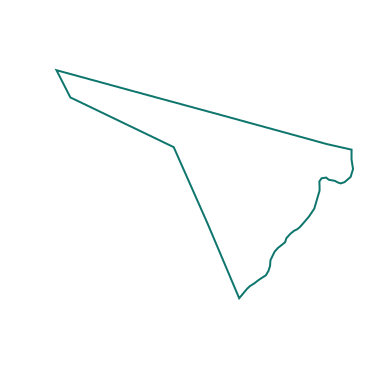 outline of Alto do Rodrigues, Rio Grande do Norte, Brazil, rotated 190°
{"feature_id": "56859067B38612658139094", "entity_name": "Alto do Rodrigues", "entity_type": "district", "adm_level": 2, "iso_a3": "BRA", "parent_name": "Brazil", "parent_adm1": "Rio Grande do Norte", "projection": "equal_earth", "projection_center": [-36.771, -5.342], "detail": "fine", "context": "isolated", "style": "outline", "palette": "teal", "viewbox_px": 384, "rotation_deg": 190, "n_neighbors": 0, "source": "geoboundaries", "source_scale": "gbopen_adm2", "svg_char_len": 679}
<svg xmlns="http://www.w3.org/2000/svg" viewBox="0 0 384 384"><g transform="rotate(190 192 192)"><path d="M346.6,288.4L328.2,264.0L217.8,233.0L171.1,163.5L127.1,95.6L120.9,106.3L118.6,109.4L114.5,113.1L111.6,116.4L108.8,119.1L104.8,122.8L103.0,127.5L102.3,132.8L102.9,138.5L100.3,147.6L97.6,151.9L91.6,158.7L91.0,163.0L87.9,167.9L84.8,171.5L82.0,173.5L79.8,176.0L76.5,181.4L72.6,188.0L68.7,196.8L66.6,215.5L67.4,219.9L68.4,224.5L66.8,228.0L62.4,229.5L59.4,227.8L53.3,227.8L50.0,226.7L47.0,226.3L43.5,228.2L38.4,234.4L37.4,242.5L40.6,252.0L42.2,261.4L67.4,262.6L71.8,263.0L146.5,270.0L173.2,272.5L272.0,281.5L346.6,288.4Z" fill="none" stroke="#0f766e" stroke-width="2"/></g></svg>